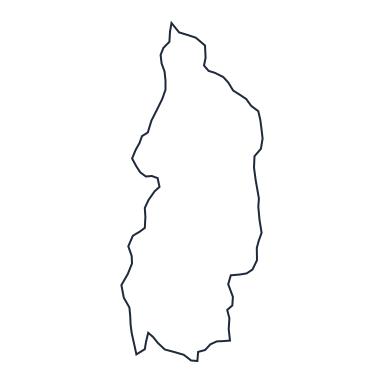 the district of Dona Euzébia, Minas Gerais, Brazil
{"feature_id": "56859067B95885529196017", "entity_name": "Dona Euzébia", "entity_type": "district", "adm_level": 2, "iso_a3": "BRA", "parent_name": "Brazil", "parent_adm1": "Minas Gerais", "projection": "equal_earth", "projection_center": [-42.804, -21.326], "detail": "fine", "context": "isolated", "style": "outline", "palette": "slate", "viewbox_px": 384, "rotation_deg": 0, "n_neighbors": 0, "source": "geoboundaries", "source_scale": "gbopen_adm2", "svg_char_len": 1292}
<svg xmlns="http://www.w3.org/2000/svg" viewBox="0 0 384 384"><path d="M136.4,354.4L144.8,349.2L146.0,341.9L148.2,332.8L153.1,337.0L157.9,343.0L164.8,349.5L174.6,352.1L183.8,354.8L191.1,360.5L197.4,361.0L198.1,351.9L205.1,350.0L210.4,344.3L216.8,341.4L223.0,341.1L230.0,340.6L228.7,329.2L229.4,318.2L227.2,309.9L232.3,305.5L232.9,296.9L228.2,284.2L230.8,275.3L240.0,274.5L246.7,273.4L252.5,269.5L257.0,260.2L256.8,247.9L258.9,240.3L261.6,232.8L259.5,219.8L258.3,206.7L258.9,198.6L257.6,191.1L255.6,179.7L254.0,167.6L254.5,156.2L260.9,148.8L262.6,138.5L261.3,127.5L260.3,119.9L258.3,111.2L251.2,105.9L246.3,99.1L240.5,95.2L233.1,90.5L228.2,82.4L223.2,77.0L214.8,72.8L208.6,70.9L204.0,65.5L205.6,57.7L205.0,45.5L195.8,37.7L187.7,35.0L179.1,32.4L171.5,23.0L170.0,31.6L169.4,41.8L163.4,47.9L160.6,55.0L161.6,63.4L164.6,71.7L165.5,80.6L165.5,89.7L162.2,99.1L157.0,109.6L151.4,120.7L147.8,132.5L142.0,136.1L139.5,143.0L135.6,150.0L132.1,158.5L136.3,166.3L140.3,172.4L145.9,176.5L151.8,176.0L157.6,178.1L159.5,186.9L154.6,191.3L148.4,200.2L144.8,208.0L145.4,216.9L144.8,227.9L139.7,231.7L132.9,235.7L128.3,246.3L131.7,256.0L132.0,263.5L127.8,274.0L121.4,285.1L123.8,297.7L129.4,307.5L130.2,315.6L130.6,324.7L131.7,333.1L134.2,344.3L136.4,354.4Z" fill="none" stroke="#1e293b" stroke-width="2"/></svg>